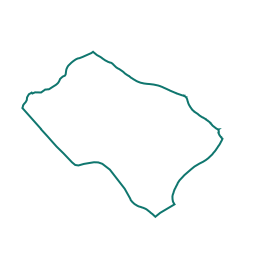 the district of Ahwar, Abyan, Yemen, rotated 231°
{"feature_id": "15242507B84026195338374", "entity_name": "Ahwar", "entity_type": "district", "adm_level": 2, "iso_a3": "YEM", "parent_name": "Yemen", "parent_adm1": "Abyan", "projection": "equal_earth", "projection_center": [46.668, 13.683], "detail": "fine", "context": "isolated", "style": "outline", "palette": "teal", "viewbox_px": 256, "rotation_deg": 231, "n_neighbors": 0, "source": "geoboundaries", "source_scale": "gbopen_adm2", "svg_char_len": 5522}
<svg xmlns="http://www.w3.org/2000/svg" viewBox="0 0 256 256"><g transform="rotate(231 128 128)"><path d="M60.2,194.7L60.5,194.7L61.2,194.5L61.9,194.5L62.1,194.5L62.3,194.7L62.6,194.5L64.9,194.6L65.3,194.7L65.6,194.9L66.0,194.9L66.6,195.0L67.1,195.2L67.5,195.3L67.7,195.6L67.7,195.8L67.7,196.1L68.0,196.2L68.3,196.4L68.7,196.6L68.9,196.8L69.2,196.8L69.3,196.9L69.7,197.3L69.9,197.3L69.9,197.5L70.1,197.2L70.4,197.1L70.8,196.8L71.5,196.5L72.1,196.3L72.5,196.1L73.0,196.1L73.6,195.9L74.1,195.8L75.0,195.6L75.8,195.4L76.8,195.2L77.1,195.2L77.3,195.2L77.6,195.2L77.8,195.3L78.0,195.3L78.2,195.2L78.7,195.2L79.7,195.0L79.8,195.1L79.9,195.3L80.2,195.2L81.5,195.1L82.0,194.9L82.7,194.7L82.9,194.7L83.1,194.6L83.7,194.6L83.9,194.4L84.4,194.3L84.7,194.2L85.0,194.0L85.3,194.0L85.6,194.0L85.9,194.1L86.0,194.1L86.1,193.9L86.5,193.7L87.0,193.6L87.4,193.4L87.7,193.3L88.1,193.2L88.6,193.0L88.9,192.8L89.1,192.8L89.3,192.6L90.6,192.1L91.8,191.8L92.2,191.6L92.8,191.4L93.1,191.4L94.1,191.2L94.4,191.1L95.0,191.1L95.8,190.8L97.1,190.4L97.4,190.3L97.8,190.2L98.2,190.0L98.3,190.0L98.5,190.0L98.8,189.8L99.0,189.9L99.6,189.8L100.4,189.6L100.6,189.6L100.9,189.5L101.1,189.5L101.8,189.4L101.9,189.5L102.1,189.5L102.5,189.4L102.8,189.5L103.4,189.5L104.2,189.6L105.2,189.6L105.7,189.8L106.6,189.8L108.1,190.1L109.1,190.4L109.3,190.5L109.5,190.5L110.0,190.7L110.2,190.8L110.8,191.1L111.3,191.2L111.7,191.4L112.6,191.8L113.2,192.1L114.0,192.3L114.3,192.4L114.6,192.4L115.1,192.4L115.2,192.6L115.3,192.5L115.5,192.5L116.7,192.2L117.3,191.9L117.5,191.9L117.6,192.0L117.7,191.8L117.9,191.8L118.1,191.5L118.3,191.5L118.3,191.4L118.5,191.3L119.2,190.7L121.0,189.6L122.1,188.9L122.3,188.8L122.7,188.5L123.3,188.2L123.8,187.8L124.1,187.7L124.3,187.5L124.5,187.5L124.9,187.2L125.1,187.2L125.6,186.9L126.2,186.5L127.1,186.1L127.8,185.7L128.7,185.2L129.3,184.9L131.0,184.0L131.6,183.8L132.5,183.3L133.6,182.8L134.3,182.4L134.8,182.2L135.0,182.1L136.5,181.3L138.2,180.5L139.1,180.0L139.7,179.6L140.0,179.5L142.0,178.2L143.5,177.0L145.7,175.2L148.3,172.7L150.5,170.4L152.7,168.3L152.9,168.2L153.1,168.0L153.5,167.7L153.9,167.4L155.0,166.5L155.9,165.9L156.3,165.7L156.5,165.6L157.2,165.1L157.4,165.0L157.7,164.9L158.8,164.3L159.8,163.9L160.7,163.6L161.7,163.2L162.3,163.0L162.5,162.9L162.9,162.8L163.5,162.6L164.2,162.4L164.8,162.1L165.2,162.0L165.7,161.9L166.0,161.8L166.4,161.8L166.6,161.7L167.2,161.6L167.6,161.6L167.8,161.5L168.1,161.2L168.7,161.1L168.8,161.0L169.2,160.9L169.6,160.7L170.1,160.6L170.6,160.4L171.1,160.3L172.0,160.0L172.6,159.9L174.3,159.7L174.7,159.6L175.9,159.3L177.2,158.9L179.2,158.3L181.2,157.4L181.5,157.4L182.2,157.1L182.6,157.0L183.5,156.9L184.1,156.8L186.8,156.5L187.0,156.5L187.9,156.4L188.4,156.2L188.9,156.1L189.5,155.8L189.9,155.5L190.3,155.1L190.6,154.9L190.9,154.8L192.0,154.1L193.0,153.7L193.8,153.4L194.5,153.0L195.1,152.8L195.4,152.7L195.5,152.7L196.2,152.5L196.7,152.3L197.2,152.2L198.4,151.8L198.9,151.8L199.8,151.5L200.8,151.2L201.9,150.7L202.3,150.6L202.7,150.4L203.2,150.2L203.6,150.0L204.2,149.8L204.8,149.6L205.2,149.6L205.6,149.5L205.9,149.4L206.3,149.3L207.3,149.2L207.8,149.0L209.2,148.8L209.3,146.7L210.9,140.8L211.7,137.8L211.9,137.1L212.2,136.2L212.8,134.3L213.7,132.6L214.2,130.4L214.3,129.0L214.4,127.6L214.4,126.5L214.4,125.1L214.2,123.0L214.0,120.8L213.5,119.3L212.9,118.1L212.4,117.1L211.2,115.7L209.0,113.4L208.5,112.3L208.4,111.8L209.0,109.8L209.0,108.1L208.8,105.9L208.1,104.8L207.4,103.2L207.0,101.8L206.9,100.3L206.9,99.0L207.4,95.0L207.8,91.2L208.1,90.5L208.6,89.9L209.2,88.9L210.0,87.8L210.0,86.9L210.1,86.0L210.3,82.8L214.2,78.2L215.0,75.4L216.1,75.4L216.2,74.4L216.6,72.2L215.3,68.8L213.4,66.9L212.5,64.7L212.1,62.2L211.6,60.7L210.6,59.5L210.0,58.5L182.0,59.8L181.9,59.6L171.8,60.2L164.7,60.5L158.5,60.8L149.0,61.9L136.5,62.9L132.5,63.7L130.1,65.9L127.8,71.2L122.8,80.0L120.0,83.2L116.5,85.4L115.9,85.6L107.1,87.7L82.9,87.2L71.8,85.3L70.0,84.7L69.4,84.8L68.9,84.8L68.4,84.8L67.8,84.8L67.4,84.8L66.8,85.0L66.2,85.0L65.6,85.1L65.0,85.2L64.4,85.4L63.9,85.5L63.5,85.7L63.0,85.9L62.5,86.0L61.9,86.3L61.5,86.4L61.1,86.6L60.6,86.9L60.1,87.1L59.6,87.5L59.2,87.8L58.7,88.1L58.5,88.3L58.3,88.4L57.9,88.6L57.4,88.9L57.0,89.2L56.6,89.5L56.1,89.7L55.7,90.0L55.2,90.2L54.7,90.5L54.3,90.7L53.8,90.9L53.4,91.1L52.9,91.2L52.4,91.4L51.9,91.5L51.4,91.6L50.9,91.7L50.3,91.8L49.8,92.0L49.3,92.1L48.8,92.2L48.3,92.2L47.9,92.3L47.4,92.4L47.0,92.5L46.5,92.6L46.0,92.8L45.5,92.9L45.1,92.9L44.6,93.0L44.0,93.1L43.5,93.1L43.0,93.2L42.6,93.3L42.1,93.4L41.8,93.4L41.8,99.7L39.4,116.0L39.5,116.0L40.0,116.2L40.6,116.2L41.1,116.4L41.5,116.4L42.0,116.5L42.4,116.7L42.9,116.8L43.3,117.1L43.8,117.3L44.2,117.6L44.7,117.8L45.1,118.1L45.5,118.5L46.0,118.8L46.4,119.1L46.8,119.4L47.1,119.8L47.5,120.2L47.9,120.7L48.2,121.2L48.5,121.7L48.8,122.2L49.1,122.7L49.4,123.1L49.8,123.6L50.1,124.1L50.3,124.6L50.7,125.0L50.9,125.6L51.2,126.1L51.4,126.6L51.6,127.2L51.9,127.8L52.2,128.3L52.4,128.9L52.7,129.5L52.9,130.0L53.1,130.6L53.9,132.0L54.9,135.1L55.9,142.2L56.2,151.2L56.2,155.4L55.4,161.0L54.5,165.2L54.1,168.5L54.0,171.6L54.1,172.2L54.1,172.8L54.2,173.5L54.2,174.2L54.3,174.8L54.3,175.5L54.4,176.1L54.4,176.8L54.6,177.4L54.7,178.0L54.9,178.6L55.0,179.3L55.1,179.9L55.2,180.5L55.3,181.1L55.5,181.7L55.6,182.3L55.8,182.9L56.0,183.5L56.2,184.1L56.3,184.6L56.7,185.8L56.9,186.3L57.1,187.0L57.2,187.6L57.3,187.8L57.5,188.6L57.7,189.1L57.9,189.6L58.0,189.8L58.2,190.3L58.4,190.8L58.7,191.4L58.9,191.9L59.0,192.2L59.1,192.5L59.3,193.0L59.6,193.5L59.9,194.0L60.0,194.4L60.2,194.7Z" fill="none" stroke="#0f766e" stroke-width="2"/></g></svg>